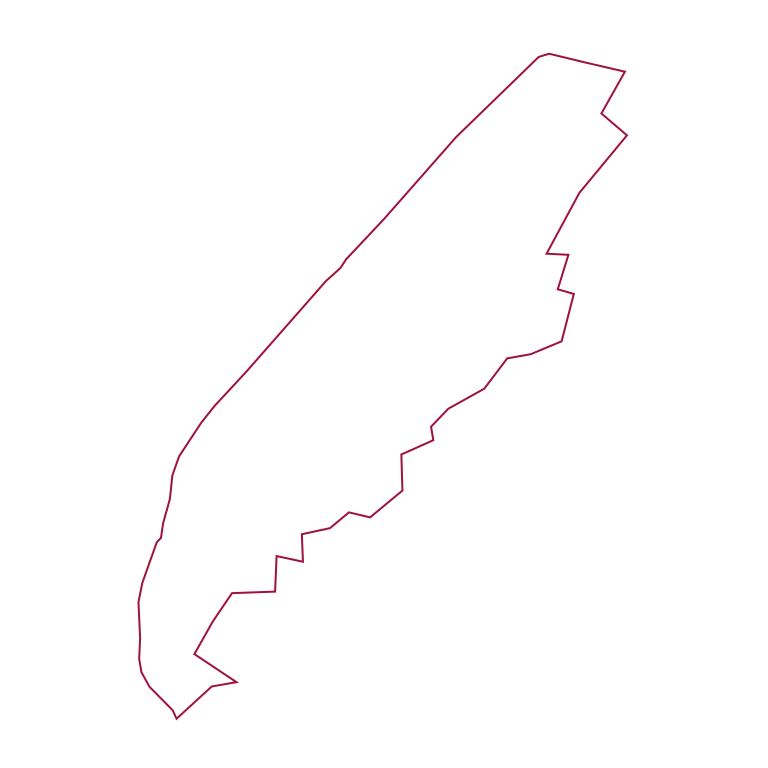 the district of Shumanay, Karakalpakstan, Uzbekistan, rotated 84°
{"feature_id": "79887680B6584573429161", "entity_name": "Shumanay", "entity_type": "district", "adm_level": 2, "iso_a3": "UZB", "parent_name": "Uzbekistan", "parent_adm1": "Karakalpakstan", "projection": "mercator", "projection_center": [58.919, 42.669], "detail": "fine", "context": "isolated", "style": "outline", "palette": "rose", "viewbox_px": 768, "rotation_deg": 84, "n_neighbors": 0, "source": "geoboundaries", "source_scale": "gbopen_adm2", "svg_char_len": 843}
<svg xmlns="http://www.w3.org/2000/svg" viewBox="0 0 768 768"><g transform="rotate(84 384 384)"><path d="M74.9,196.0L89.4,214.4L145.9,286.4L219.7,366.5L256.0,408.6L264.1,415.2L275.3,430.7L357.7,520.0L388.1,554.8L403.5,569.9L434.6,595.4L452.7,604.0L476.1,609.0L499.6,618.3L513.8,621.9L517.6,626.5L556.4,645.1L575.3,651.0L609.5,653.0L610.6,653.0L631.8,656.2L645.2,655.4L660.6,648.9L686.5,628.2L695.2,625.3L666.8,586.9L665.1,561.9L632.8,600.8L602.3,579.1L576.1,557.0L579.1,514.0L543.9,508.8L552.3,483.2L524.8,481.4L521.7,452.8L508.0,432.3L515.2,411.8L491.9,376.8L455.9,374.1L445.0,340.8L431.4,341.7L415.3,322.6L399.1,284.7L371.4,258.8L369.7,235.0L360.1,202.9L314.3,185.8L308.0,201.3L274.8,187.1L271.4,208.7L214.2,169.6L162.1,116.4L137.7,139.5L98.6,111.8L85.2,150.5L72.8,185.3L74.9,196.0Z" fill="none" stroke="#9f1239" stroke-width="2"/></g></svg>